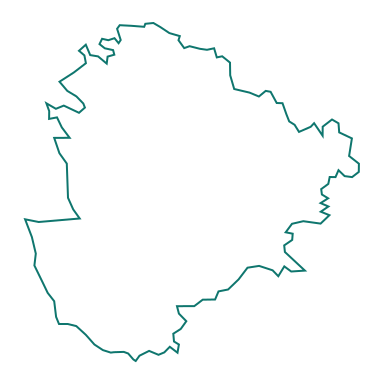 Guzar, Kashkadarya, Uzbekistan
{"feature_id": "79887680B36641058684147", "entity_name": "Guzar", "entity_type": "district", "adm_level": 2, "iso_a3": "UZB", "parent_name": "Uzbekistan", "parent_adm1": "Kashkadarya", "projection": "natural_earth1", "projection_center": [66.156, 38.52], "detail": "fine", "context": "isolated", "style": "outline", "palette": "teal", "viewbox_px": 384, "rotation_deg": 0, "n_neighbors": 0, "source": "geoboundaries", "source_scale": "gbopen_adm2", "svg_char_len": 1827}
<svg xmlns="http://www.w3.org/2000/svg" viewBox="0 0 384 384"><path d="M59.0,324.0L67.8,324.0L76.3,326.1L85.8,334.8L94.4,344.5L102.9,350.1L110.8,352.6L114.0,352.2L123.8,351.9L128.2,353.5L133.3,359.4L135.5,360.9L135.7,361.0L139.5,355.7L149.1,350.9L158.5,354.8L164.3,352.4L169.8,346.8L177.5,352.7L178.9,344.5L174.0,341.5L173.3,333.7L180.8,328.9L186.3,321.2L178.9,313.6L177.0,306.2L194.3,306.1L202.7,299.7L215.1,299.5L218.5,291.4L228.1,289.5L238.6,279.4L247.5,267.7L259.1,265.9L272.6,270.3L278.3,276.2L284.3,266.4L291.2,271.5L304.9,270.6L284.9,252.0L284.2,245.4L292.2,239.9L292.7,233.7L285.7,232.3L292.0,223.8L303.3,221.2L320.6,223.6L329.4,215.2L320.8,211.7L328.4,206.5L320.6,203.1L328.1,198.3L321.9,194.5L321.2,189.1L328.3,183.9L329.7,177.0L335.5,177.1L338.5,170.2L344.6,176.1L352.1,177.1L358.8,171.9L358.9,163.7L349.1,156.0L351.9,138.4L339.2,132.4L338.5,123.3L332.0,119.5L322.7,126.7L322.6,135.7L314.1,123.2L310.7,126.8L299.0,131.9L294.6,124.8L289.2,121.4L286.4,114.3L282.5,103.2L276.7,103.0L270.6,91.8L265.7,90.9L258.9,96.5L249.5,92.6L234.2,89.0L230.2,75.3L230.0,62.6L222.2,56.3L216.8,57.4L214.1,48.3L207.0,49.8L199.9,48.8L189.6,46.2L184.2,48.1L178.5,40.2L179.8,36.1L169.4,33.1L160.4,27.1L153.4,23.0L145.3,23.8L144.2,26.8L131.3,25.8L119.7,25.2L117.1,28.8L120.7,40.0L118.6,43.2L114.5,38.2L108.3,40.2L102.1,38.8L99.5,44.1L104.8,48.3L113.1,50.1L114.3,54.7L107.6,56.6L106.7,63.6L98.1,56.4L90.2,55.1L85.8,44.7L79.0,50.8L84.4,55.4L85.9,63.2L73.8,72.5L59.5,81.7L67.3,90.9L76.4,96.4L83.3,103.5L84.9,107.6L79.0,112.8L63.8,105.6L55.9,108.8L46.4,103.3L49.2,111.1L49.1,118.9L57.0,117.4L61.8,127.4L69.6,137.8L54.2,137.9L59.4,153.2L66.8,163.6L68.0,197.8L73.2,209.4L79.7,218.5L38.7,222.0L25.1,219.3L31.9,237.1L35.8,253.6L34.4,265.5L42.5,282.1L47.7,292.9L54.2,301.2L56.1,316.9L59.0,324.0Z" fill="none" stroke="#0f766e" stroke-width="2"/></svg>